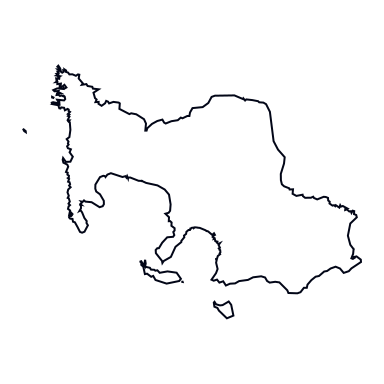 outline of Batangas, Batangas, Philippines
{"feature_id": "2640588B63294043497895", "entity_name": "Batangas", "entity_type": "district", "adm_level": 2, "iso_a3": "PHL", "parent_name": "Philippines", "parent_adm1": "Batangas", "projection": "mercator", "projection_center": [120.815, 13.883], "detail": "fine", "context": "isolated", "style": "outline", "palette": "ink", "viewbox_px": 384, "rotation_deg": 0, "n_neighbors": 0, "source": "geoboundaries", "source_scale": "gbopen_adm2", "svg_char_len": 5826}
<svg xmlns="http://www.w3.org/2000/svg" viewBox="0 0 384 384"><path d="M68.1,72.6L66.0,71.9L66.1,70.5L64.6,69.5L64.9,70.5L63.3,70.3L63.7,71.7L62.2,72.7L60.9,71.7L60.4,69.2L57.6,69.3L59.0,70.4L58.7,71.7L57.7,71.7L58.6,73.0L56.7,73.7L57.9,74.5L56.3,75.5L60.0,76.2L58.6,77.0L59.4,77.5L59.2,78.8L56.2,78.4L56.5,80.1L55.6,80.3L57.0,80.4L57.1,81.2L55.9,82.1L57.4,82.0L57.3,84.1L60.9,83.6L60.7,85.5L58.9,86.1L59.9,86.1L59.7,86.7L61.9,86.9L64.4,84.8L66.4,87.5L64.3,88.7L63.8,88.1L63.7,89.0L57.2,88.4L53.3,90.1L54.5,91.3L58.5,91.0L58.1,91.9L60.6,93.2L57.0,93.5L56.6,95.0L58.5,94.8L60.0,96.0L61.3,95.4L63.0,96.2L63.2,95.5L63.4,95.5L64.7,96.6L65.2,99.1L64.1,100.4L57.1,99.7L58.0,101.3L59.3,101.6L59.4,103.5L53.1,102.2L50.9,103.0L53.8,102.9L54.5,103.9L53.4,104.3L57.1,105.0L60.4,104.5L58.3,105.3L59.3,108.3L60.5,108.5L61.2,107.4L64.1,107.8L64.9,110.3L67.6,108.9L68.7,109.6L68.6,111.0L70.0,111.9L67.9,114.0L69.3,114.6L68.0,116.0L69.4,116.6L67.6,120.2L68.4,121.3L68.9,120.4L69.5,120.4L68.6,121.5L69.8,122.3L70.4,129.8L69.4,137.1L66.7,139.1L68.5,141.6L67.9,143.5L68.6,144.6L67.1,146.3L67.9,148.2L70.9,149.3L69.6,152.3L72.8,156.7L70.4,161.7L65.9,161.9L63.1,158.0L62.7,159.8L63.4,162.7L67.3,164.6L68.2,166.7L66.0,172.0L67.7,172.7L67.4,174.6L68.9,175.7L68.8,177.5L67.9,178.1L69.1,179.0L68.1,181.7L69.5,182.2L70.1,184.2L69.1,185.6L70.6,187.2L68.2,189.5L67.5,192.4L68.8,195.8L67.7,197.9L68.8,198.4L69.8,201.6L68.5,203.7L70.0,205.1L68.6,206.4L68.0,208.9L70.1,210.5L69.4,213.9L71.0,212.5L72.4,214.0L71.0,214.9L71.7,215.5L71.0,216.2L69.4,215.9L69.1,217.5L70.2,218.7L72.5,218.9L73.0,221.7L74.9,222.3L77.6,227.2L77.0,227.7L77.7,227.4L80.0,231.9L82.1,232.7L84.5,231.7L87.9,225.3L86.5,223.0L86.7,221.1L84.4,218.0L82.1,212.4L80.6,210.3L79.5,210.9L81.0,208.2L80.9,205.3L79.4,204.4L81.3,204.8L80.4,204.0L82.0,202.5L81.1,201.5L82.7,201.8L84.0,200.4L85.4,201.6L91.6,202.2L99.6,207.2L102.7,206.2L103.9,204.2L103.8,200.8L100.0,194.3L96.2,191.5L95.3,188.7L95.4,184.6L100.0,177.1L103.3,175.8L105.0,176.1L104.8,176.1L105.2,176.4L105.5,177.0L107.4,174.6L110.9,173.2L122.5,177.0L125.4,176.2L126.4,177.6L127.1,176.1L128.0,178.3L128.1,177.5L130.2,177.5L138.6,180.8L142.0,180.9L142.2,182.0L142.2,181.1L146.1,182.9L157.5,185.4L164.7,189.5L169.0,194.6L170.6,204.4L170.1,210.8L168.6,212.8L165.4,213.7L169.0,217.2L168.8,221.2L170.1,221.1L171.6,222.5L171.4,225.8L174.6,228.2L174.6,230.5L173.3,232.0L174.3,235.1L173.1,236.8L167.2,237.3L162.2,242.7L158.9,248.2L157.3,248.2L155.7,250.0L155.9,253.2L162.0,260.9L162.4,263.0L163.7,261.0L170.9,256.9L175.5,246.8L181.3,242.1L181.4,240.8L184.3,237.3L184.0,235.6L186.1,233.9L186.4,231.8L188.5,230.0L189.9,230.0L190.2,229.0L191.2,229.6L190.6,228.9L191.4,227.9L193.4,227.6L193.7,228.2L194.8,227.3L196.8,227.5L197.0,228.2L197.0,227.6L199.8,227.9L205.4,230.2L206.3,230.8L205.5,231.5L206.3,230.8L208.1,231.4L212.2,234.9L214.0,233.3L214.9,234.9L213.4,235.6L214.0,236.6L213.3,235.7L212.6,236.9L214.0,237.8L213.7,238.9L214.7,238.5L215.3,241.1L217.3,241.6L216.8,242.5L218.4,243.9L219.9,243.2L218.6,245.0L219.9,247.7L218.8,248.4L219.7,249.6L219.4,250.7L219.7,249.6L220.2,250.1L220.4,252.3L219.6,253.4L220.1,254.2L217.8,256.0L216.8,259.4L216.1,259.2L216.1,259.3L216.8,259.4L216.1,262.7L217.6,269.0L216.0,273.2L211.5,279.7L213.7,280.7L217.0,279.6L219.4,282.6L223.2,281.3L225.9,285.5L230.0,283.7L235.1,283.4L239.1,281.1L248.0,279.9L253.1,277.3L261.2,276.3L265.1,277.5L267.1,281.0L269.7,282.6L275.2,281.8L279.4,282.4L287.3,290.3L288.4,293.0L297.4,293.3L300.5,292.2L303.9,287.8L306.8,287.8L307.5,284.6L311.4,280.1L315.6,276.7L319.0,276.0L324.2,271.5L327.1,271.0L330.6,268.5L335.6,266.7L340.0,268.5L343.7,272.9L348.8,271.2L351.4,268.4L361.0,262.0L360.8,259.6L356.5,256.4L353.9,257.0L354.6,257.8L352.9,258.9L351.4,258.3L353.1,254.0L353.6,249.1L354.5,248.8L353.5,249.0L350.3,244.8L347.9,235.7L350.3,223.5L356.8,217.3L356.2,215.0L354.0,214.1L354.2,211.1L352.7,210.7L351.5,212.9L350.8,211.2L349.3,211.5L346.9,209.4L345.2,210.0L345.3,208.9L347.2,208.4L342.8,206.0L341.0,206.6L340.2,205.2L339.3,207.6L335.8,205.2L335.2,206.2L334.1,205.2L332.5,205.6L329.5,203.5L329.7,201.7L328.2,200.5L328.0,197.9L325.8,197.0L323.7,196.8L317.2,199.4L314.0,198.0L313.2,196.7L311.0,197.7L305.1,197.8L302.9,196.1L302.6,194.7L296.4,195.9L292.6,193.8L293.0,189.3L289.6,189.5L289.2,188.3L284.1,186.3L281.9,184.3L280.9,180.2L280.8,173.9L284.0,163.6L284.7,157.2L278.0,149.6L273.6,141.2L269.9,111.8L266.1,104.2L263.4,102.6L259.2,102.3L258.1,101.2L252.4,100.1L246.3,99.4L245.1,100.5L243.4,98.4L243.1,99.1L234.4,95.4L214.9,95.7L211.6,96.9L208.3,103.0L202.7,107.1L192.5,108.1L190.0,112.5L189.4,116.0L187.3,116.0L182.5,118.3L180.8,117.6L177.8,120.2L171.4,121.2L165.7,123.5L164.1,122.6L162.4,119.6L157.3,121.0L152.0,123.9L147.3,128.2L146.6,130.6L145.3,130.6L146.0,123.6L144.0,119.2L136.3,114.3L131.2,113.3L129.4,114.1L119.4,108.9L119.8,103.4L118.7,102.6L113.4,101.9L109.1,103.4L108.1,101.7L106.2,100.9L105.1,103.3L101.6,105.8L98.5,103.8L98.6,101.9L95.5,102.1L96.6,99.5L95.0,98.1L93.5,92.7L98.7,89.3L92.9,88.6L92.3,86.8L87.6,86.0L86.4,84.1L81.8,84.8L82.8,83.3L78.7,78.5L79.3,74.7L78.0,74.4L75.9,75.8L72.4,74.3L69.4,74.4L68.1,72.6ZM141.2,261.2L139.7,261.8L141.4,262.0L141.3,264.9L143.3,266.7L144.9,274.1L147.1,273.7L151.2,276.8L153.2,275.9L155.5,280.0L166.6,283.6L179.2,281.0L180.9,278.8L176.6,272.7L167.5,271.4L159.7,272.8L157.4,270.3L155.3,270.7L154.3,269.8L151.0,269.6L149.9,267.8L144.6,266.6L141.2,261.2ZM231.2,304.8L228.7,301.5L222.6,305.1L220.0,305.4L216.1,304.3L214.5,301.8L213.8,302.6L214.4,306.7L217.4,307.9L218.9,310.6L226.9,318.3L233.4,315.6L231.2,304.8ZM145.1,259.8L144.4,263.8L145.2,266.0L145.7,263.5L145.1,259.8ZM23.0,128.8L24.2,131.1L25.8,132.2L25.7,131.1L23.0,128.8ZM58.3,65.7L57.4,66.7L60.0,68.7L59.9,68.0L58.3,65.7ZM52.1,96.8L52.1,97.5L53.3,97.9L53.5,97.5L52.1,96.8ZM182.6,281.7L181.4,281.8L182.7,282.0L182.6,281.7Z" fill="none" stroke="#020617" stroke-width="2"/></svg>